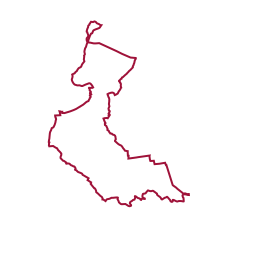 outline of Trang Bang, Tây Ninh, Vietnam, rotated 121°
{"feature_id": "81297802B3309919066987", "entity_name": "Trang Bang", "entity_type": "district", "adm_level": 2, "iso_a3": "VNM", "parent_name": "Vietnam", "parent_adm1": "Tây Ninh", "projection": "natural_earth1", "projection_center": [106.323, 11.105], "detail": "fine", "context": "isolated", "style": "outline", "palette": "rose", "viewbox_px": 256, "rotation_deg": 121, "n_neighbors": 0, "source": "geoboundaries", "source_scale": "gbopen_adm2", "svg_char_len": 5832}
<svg xmlns="http://www.w3.org/2000/svg" viewBox="0 0 256 256"><g transform="rotate(121 128 128)"><path d="M64.0,157.4L66.3,162.1L67.5,171.1L68.0,177.5L70.1,196.4L71.8,198.8L72.9,200.5L73.3,201.4L74.2,204.1L75.3,206.5L72.7,207.3L68.6,208.1L66.2,208.3L65.2,207.5L62.7,207.9L62.0,207.8L60.3,206.7L58.5,205.2L57.1,204.2L56.3,203.9L54.8,203.9L53.6,203.8L54.0,204.7L53.9,206.7L54.1,207.6L54.2,208.3L54.2,208.8L53.7,210.2L53.8,211.2L53.9,211.6L54.4,212.0L55.2,212.5L56.0,214.4L57.0,214.5L57.7,214.4L58.6,214.6L59.4,214.3L60.5,214.7L61.0,214.7L62.2,214.1L63.7,214.0L66.3,213.3L66.8,212.9L66.9,212.1L67.7,211.5L68.3,210.5L69.0,209.9L69.8,209.4L70.3,209.3L72.2,209.6L73.1,209.3L74.4,208.3L75.1,207.2L75.6,206.9L78.3,206.3L80.0,205.8L81.4,205.8L82.2,205.7L84.6,204.9L85.3,204.5L86.9,203.0L87.2,202.9L88.2,202.9L88.7,202.9L89.3,202.3L91.9,201.2L93.4,199.7L96.2,200.1L97.5,200.1L99.1,199.8L100.2,199.9L101.7,200.9L102.2,201.1L103.8,201.3L105.5,201.2L107.1,201.8L108.4,201.9L108.8,202.0L109.5,202.6L110.9,203.4L111.9,202.3L113.5,201.6L114.9,201.3L115.6,201.0L116.2,200.4L117.3,198.8L117.9,197.5L118.2,196.3L118.2,195.8L117.6,193.5L117.3,192.9L116.4,191.6L115.9,189.4L115.5,188.7L112.7,186.8L109.7,184.4L109.5,184.0L109.3,183.2L109.4,182.6L110.1,180.6L111.2,178.8L112.1,179.4L112.4,180.1L113.0,180.8L113.4,181.8L113.6,182.1L113.8,182.1L114.0,181.9L114.3,181.0L114.6,180.7L115.3,180.4L115.5,180.2L116.0,178.7L116.3,178.3L116.6,178.3L117.2,178.7L118.0,178.4L118.2,178.1L117.9,177.1L118.1,176.8L119.7,177.5L119.9,177.4L120.2,176.3L120.7,176.0L122.0,176.2L122.5,175.9L123.1,176.0L124.8,175.9L125.3,175.8L126.9,177.0L131.0,178.4L138.4,182.3L140.7,183.9L143.6,186.2L147.9,190.1L149.0,192.1L148.0,192.7L148.4,193.2L148.6,194.4L149.0,195.3L149.4,194.8L151.9,192.6L154.8,196.9L155.5,196.4L156.4,195.5L156.7,195.1L156.7,194.8L157.8,194.0L158.6,193.9L160.6,193.1L163.2,192.5L165.5,192.3L166.2,192.5L167.4,193.3L169.5,192.8L171.3,192.7L172.7,192.3L177.7,189.9L179.2,189.4L180.8,188.7L180.8,188.0L181.6,187.9L183.8,186.7L184.3,186.5L184.7,186.7L182.0,182.9L182.1,179.9L181.9,178.4L182.0,178.1L182.7,177.1L183.0,176.2L183.7,173.4L184.0,172.6L184.3,172.3L184.3,172.0L185.4,171.3L187.6,170.9L188.5,170.3L188.7,169.8L189.5,166.8L189.2,166.0L189.4,163.2L189.5,162.9L190.3,162.7L190.3,162.4L190.0,162.1L189.2,161.0L188.8,159.9L188.8,159.5L189.2,158.2L189.2,157.4L189.0,156.4L189.0,154.9L188.7,154.5L188.7,154.1L189.0,153.1L189.7,152.1L189.9,152.0L190.7,152.0L191.0,151.9L191.1,151.7L190.9,150.7L190.9,150.0L191.2,149.4L191.4,148.0L191.3,147.5L190.9,145.4L190.8,144.0L190.9,143.6L191.5,142.8L191.5,142.5L191.4,135.9L193.5,135.8L193.6,131.7L194.3,131.7L194.7,131.0L195.2,131.0L197.0,126.0L196.8,125.7L197.2,124.5L198.1,123.2L199.4,122.1L199.6,120.2L200.5,116.4L200.5,115.1L201.3,113.7L202.4,113.1L202.0,112.4L202.2,109.6L200.9,109.6L199.9,109.3L198.2,107.4L196.3,106.2L195.4,104.7L193.6,102.3L193.1,101.5L192.9,101.0L193.0,100.7L194.4,100.3L195.4,98.6L196.4,97.5L196.6,96.6L196.8,95.3L196.8,94.9L196.6,94.2L194.5,91.1L194.5,89.3L194.6,87.6L194.3,86.5L193.9,86.0L193.1,85.4L192.7,85.5L192.4,85.8L192.1,86.7L191.7,87.4L191.5,87.7L190.8,87.9L190.1,87.9L188.4,87.0L187.1,86.6L186.3,85.8L186.0,85.6L184.0,85.9L183.2,86.8L182.9,86.9L182.7,86.6L182.6,86.0L182.8,84.6L182.9,83.3L182.6,82.5L182.5,81.6L182.5,81.0L183.0,80.2L182.8,79.7L182.0,79.8L181.5,79.6L180.8,78.6L180.5,77.6L180.2,77.1L179.8,77.3L180.0,79.2L179.7,80.0L178.9,80.6L178.2,80.9L177.1,81.2L176.8,81.2L176.4,80.9L175.5,79.8L175.1,79.5L174.8,79.3L173.4,79.2L171.9,78.9L171.2,78.7L170.9,77.3L170.6,76.3L170.1,75.5L169.1,74.5L168.9,73.9L168.9,73.5L169.1,72.7L169.1,71.5L169.3,70.4L169.3,69.5L169.5,69.2L170.0,68.9L170.4,68.2L170.7,65.0L170.9,64.2L171.8,62.6L171.8,62.3L171.6,61.9L168.9,60.6L168.0,59.7L167.1,59.3L166.9,59.1L166.9,58.7L167.2,57.5L167.6,56.4L168.0,55.0L168.9,53.7L168.9,53.1L168.8,52.5L168.3,52.0L167.9,51.9L167.7,52.0L166.9,52.5L166.5,52.5L166.4,52.4L166.1,51.4L166.0,49.5L165.8,48.3L165.5,47.7L164.6,47.0L163.9,46.0L163.2,44.7L162.5,42.8L162.2,42.5L161.9,42.6L159.4,44.4L159.1,45.2L158.1,46.3L157.6,46.6L157.2,46.5L156.4,46.2L155.9,45.8L155.2,44.3L154.5,42.0L154.1,41.3L153.3,41.9L154.2,43.2L154.6,45.3L155.8,47.0L155.5,48.2L154.7,54.3L154.3,56.1L154.0,60.0L153.9,60.3L139.9,76.1L140.2,76.4L139.6,77.3L138.7,78.3L142.5,82.7L145.3,86.6L142.8,89.0L143.8,90.4L144.7,91.9L144.0,92.7L142.9,93.7L140.9,95.2L140.5,95.3L145.6,101.6L147.7,104.2L149.0,105.7L154.0,111.9L151.5,113.2L151.8,113.8L148.6,116.0L148.0,116.3L149.0,118.9L148.2,120.6L148.0,121.4L147.1,123.2L146.6,124.5L146.6,125.4L146.8,126.6L146.7,128.4L146.0,132.0L145.9,132.4L145.6,132.6L143.8,132.7L143.0,133.5L142.0,134.2L141.3,135.1L141.2,135.5L141.1,136.2L141.5,137.8L141.5,138.1L141.3,138.5L141.2,139.0L141.8,140.4L141.4,141.0L141.3,141.7L140.3,143.1L140.3,143.6L140.4,144.3L140.3,144.7L139.3,145.0L137.4,147.7L137.3,149.3L137.1,149.5L136.4,149.8L135.8,150.3L135.5,150.4L135.2,150.1L134.4,151.5L132.5,153.9L131.7,153.2L130.3,151.3L130.1,150.4L126.8,150.3L126.8,151.2L125.8,150.9L125.5,152.1L123.6,152.1L123.5,152.4L122.9,152.5L122.7,153.5L122.4,153.9L122.0,154.0L121.6,154.5L121.2,154.8L119.0,155.1L117.3,156.7L115.0,157.7L114.0,158.3L113.5,158.5L112.8,159.0L111.9,159.9L111.7,160.4L110.3,162.1L110.0,162.6L109.5,163.0L108.2,162.2L106.8,161.0L106.0,160.1L105.6,159.5L105.5,158.9L105.4,158.2L105.9,157.2L106.6,156.3L105.5,155.5L103.8,154.6L103.0,154.6L101.5,154.8L100.0,154.6L98.4,154.6L97.4,154.8L96.9,154.6L95.8,155.8L94.2,156.6L93.6,157.1L93.4,157.5L93.3,158.2L92.9,158.3L92.8,158.5L92.7,158.7L92.7,159.0L92.5,159.8L92.1,160.0L91.8,159.9L91.5,159.6L90.6,159.6L89.5,159.3L89.1,158.9L87.9,159.2L87.1,158.6L84.3,157.8L82.0,157.0L81.0,156.9L80.0,156.6L78.6,156.4L77.2,155.9L73.7,155.1L73.4,155.1L72.8,155.6L70.9,155.7L70.2,156.0L69.1,156.1L66.5,157.0L64.6,157.0L64.2,157.2L64.0,157.4Z" fill="none" stroke="#9f1239" stroke-width="2"/></g></svg>